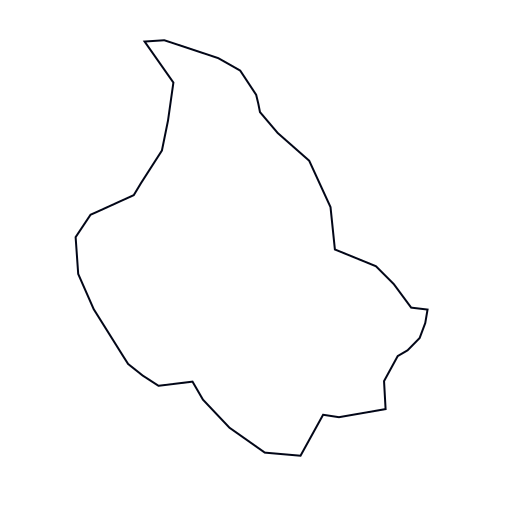 Bayangol, Övörhangay, Mongolia, rotated 193°
{"feature_id": "93677404B12248147717842", "entity_name": "Bayangol", "entity_type": "district", "adm_level": 2, "iso_a3": "MNG", "parent_name": "Mongolia", "parent_adm1": "Övörhangay", "projection": "natural_earth1", "projection_center": [103.336, 45.745], "detail": "fine", "context": "isolated", "style": "outline", "palette": "ink", "viewbox_px": 512, "rotation_deg": 193, "n_neighbors": 0, "source": "geoboundaries", "source_scale": "gbopen_adm2", "svg_char_len": 695}
<svg xmlns="http://www.w3.org/2000/svg" viewBox="0 0 512 512"><g transform="rotate(193 256 256)"><path d="M243.2,82.7L203.2,66.4L167.7,71.4L154.9,116.4L138.9,117.6L95.3,136.0L103.1,162.9L95.4,190.4L87.1,198.2L78.1,212.9L76.0,228.7L76.8,242.4L93.2,240.6L115.4,259.6L136.8,273.0L180.6,280.1L194.4,320.4L225.6,360.8L262.5,380.7L284.5,397.1L287.6,404.0L288.3,405.5L292.1,413.1L313.1,433.1L337.3,440.3L393.9,445.6L412.8,439.9L375.5,406.4L372.2,368.1L371.4,337.6L384.4,301.3L388.8,287.8L400.7,278.7L422.2,262.2L426.5,259.0L436.0,233.8L425.2,198.5L402.2,167.7L363.0,128.6L356.3,122.0L339.5,114.0L321.8,107.6L289.6,119.3L275.4,104.1L243.2,82.7Z" fill="none" stroke="#020617" stroke-width="2"/></g></svg>